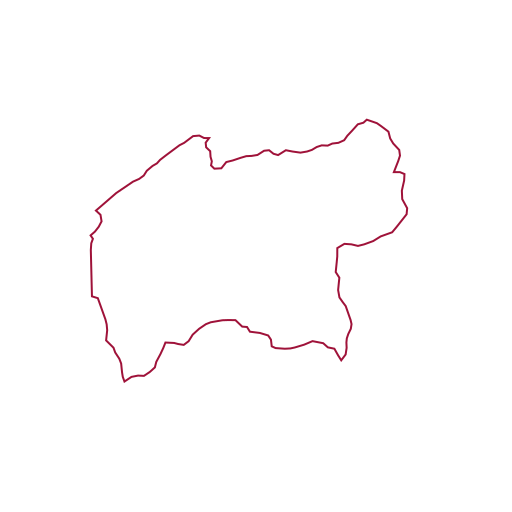 Ourinhos, São Paulo, Brazil (Natural Earth projection), rotated 233°
{"feature_id": "56859067B77835067166290", "entity_name": "Ourinhos", "entity_type": "district", "adm_level": 2, "iso_a3": "BRA", "parent_name": "Brazil", "parent_adm1": "São Paulo", "projection": "natural_earth1", "projection_center": [-49.859, -22.956], "detail": "fine", "context": "isolated", "style": "outline", "palette": "rose", "viewbox_px": 512, "rotation_deg": 233, "n_neighbors": 0, "source": "geoboundaries", "source_scale": "gbopen_adm2", "svg_char_len": 2000}
<svg xmlns="http://www.w3.org/2000/svg" viewBox="0 0 512 512"><g transform="rotate(233 256 256)"><path d="M389.6,277.9L389.6,272.1L389.6,266.7L390.5,261.6L390.6,244.7L390.5,237.3L389.6,232.6L390.2,227.6L389.8,220.1L387.8,214.8L387.9,209.0L389.4,202.5L390.4,182.3L388.6,155.5L382.5,156.6L376.6,153.5L374.0,148.0L372.4,142.0L372.0,136.3L367.9,136.1L365.3,132.1L360.2,127.7L322.5,100.7L317.5,104.3L296.0,97.6L291.3,95.6L286.3,92.5L278.8,85.5L268.5,87.0L263.7,85.5L256.2,85.0L251.3,83.6L243.7,79.0L239.7,76.9L234.9,75.4L234.4,83.8L231.5,89.8L227.7,94.4L227.3,101.5L227.9,108.2L231.5,112.7L235.2,120.7L238.4,126.7L241.4,131.6L235.8,138.3L232.5,140.9L228.5,144.8L228.5,150.9L231.3,158.1L232.1,166.8L231.7,175.0L230.3,180.0L224.9,190.5L221.4,195.5L217.1,201.0L207.9,202.5L204.7,206.1L199.2,205.6L192.2,212.8L185.2,217.9L180.2,217.6L174.4,214.2L170.7,216.2L164.6,223.2L161.5,227.8L159.6,231.9L156.2,241.1L154.0,249.9L145.9,257.2L139.8,258.4L134.8,262.8L127.3,261.8L121.4,261.3L123.4,268.3L128.1,273.1L132.6,276.2L135.6,279.0L138.2,282.8L140.8,287.9L144.1,291.3L147.9,293.0L162.0,297.5L167.1,297.5L172.7,297.7L179.4,301.1L188.5,309.5L195.2,310.0L202.0,316.3L206.7,320.6L213.4,325.7L212.5,333.9L207.9,339.2L202.7,343.5L200.2,349.4L197.4,358.6L196.6,367.4L193.0,379.0L194.6,385.8L196.8,394.2L198.7,401.4L203.2,405.5L213.4,407.0L220.4,411.8L227.1,419.7L232.1,423.9L236.4,421.4L240.0,416.6L246.3,426.8L249.5,431.4L254.5,434.2L263.3,433.3L269.1,433.9L275.6,436.6L284.7,434.0L289.3,432.5L293.2,429.9L298.2,426.5L297.8,422.0L299.9,416.6L298.2,407.9L297.1,401.4L295.4,396.1L296.8,389.9L299.9,384.6L301.0,379.7L304.8,375.1L306.5,370.1L307.1,364.5L308.7,359.7L311.8,353.7L317.4,348.1L322.5,343.5L323.3,334.4L327.1,331.5L332.6,330.1L335.2,325.8L335.8,318.0L338.6,312.7L341.6,308.3L343.7,302.7L346.3,294.9L348.9,288.8L346.9,281.1L350.8,275.3L355.4,274.6L358.2,277.7L362.6,279.4L367.3,282.5L372.8,281.6L376.8,284.0L378.4,289.5L381.5,285.5L386.3,283.2L389.6,277.9Z" fill="none" stroke="#9f1239" stroke-width="2"/></g></svg>